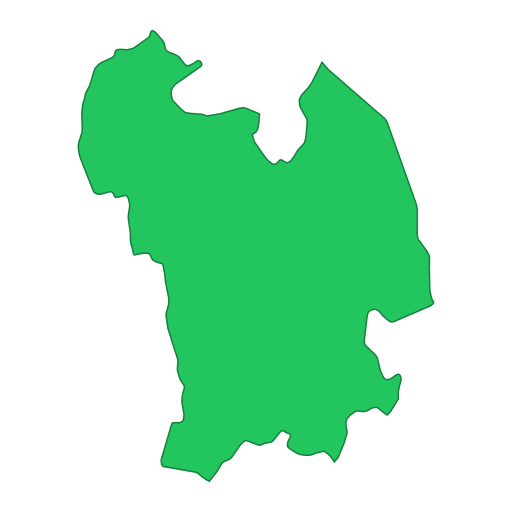 outline of Central
{"feature_id": "KEN-1195", "entity_name": "Central", "entity_type": "Province", "adm_level": 1, "iso_a3": "KEN", "parent_name": "Kenya", "parent_adm1": "", "projection": "natural_earth1", "projection_center": [36.807, -0.59], "detail": "fine", "context": "isolated", "style": "filled", "palette": "green", "viewbox_px": 512, "rotation_deg": 0, "n_neighbors": 0, "source": "natural_earth", "source_scale": "10m", "svg_char_len": 4292}
<svg xmlns="http://www.w3.org/2000/svg" viewBox="0 0 512 512"><path d="M322.0,62.3L328.4,69.7L385.3,119.1L387.2,122.4L416.3,204.3L417.2,209.4L417.2,233.8L417.4,236.5L418.3,239.4L427.1,251.5L429.4,256.1L429.5,264.4L429.3,266.9L429.8,289.7L430.4,293.4L431.7,298.6L432.3,300.0L433.2,301.2L433.7,302.4L433.2,303.8L430.3,305.9L393.9,321.6L391.8,321.9L390.1,321.6L388.9,320.9L383.4,316.3L379.7,312.0L377.6,310.2L376.4,309.6L375.1,309.3L374.1,309.3L372.9,309.5L371.5,310.0L369.2,311.2L368.5,311.8L367.8,313.6L367.1,316.4L364.4,339.3L364.4,342.7L365.0,345.0L375.3,354.8L376.1,355.9L376.9,357.2L377.5,358.6L380.4,370.7L383.0,376.5L383.8,377.7L384.7,378.8L386.0,379.5L387.5,379.7L389.1,379.4L390.5,378.8L391.8,378.1L396.4,374.8L397.6,374.3L398.7,374.2L399.7,375.0L400.5,376.3L401.0,377.8L401.0,380.0L400.5,382.4L399.5,385.6L398.2,392.5L398.4,398.8L390.9,411.0L387.8,414.5L387.2,414.9L386.6,414.9L377.9,407.9L376.5,407.5L375.1,407.4L372.2,408.0L370.9,408.6L368.4,410.1L366.6,411.0L363.9,411.6L360.7,411.4L359.2,411.1L357.6,411.0L356.1,411.2L354.8,411.8L349.6,415.7L347.7,417.8L346.6,419.8L345.9,422.3L346.1,426.4L347.0,431.1L347.0,433.4L343.8,443.9L338.1,457.4L334.4,461.9L330.4,456.2L327.6,453.6L324.0,451.2L316.0,453.0L312.5,454.5L310.6,455.0L308.3,455.3L304.4,455.2L300.2,454.5L298.1,453.8L293.5,451.3L288.9,448.0L287.8,446.9L287.4,445.4L287.5,443.7L287.8,442.0L290.4,436.7L290.6,435.4L290.1,434.3L289.2,433.7L286.5,432.7L285.8,432.4L283.8,431.0L282.5,430.8L281.0,431.0L273.5,440.3L272.3,441.4L270.8,442.2L266.1,443.0L264.0,443.6L261.4,444.8L259.8,445.2L258.3,445.0L247.2,440.8L245.7,440.6L243.4,441.9L240.7,444.4L231.9,457.1L230.2,458.7L226.8,460.6L224.7,461.2L222.8,462.4L221.3,464.3L216.6,472.1L209.3,481.3L207.0,480.1L202.3,477.0L198.1,473.4L197.0,472.7L195.1,472.1L163.0,466.5L161.6,464.3L161.1,460.0L171.6,424.4L172.4,423.0L173.8,422.7L178.8,422.7L180.4,422.4L181.7,421.9L182.9,420.7L183.6,418.8L184.0,415.4L183.8,412.9L182.1,403.5L181.9,401.5L182.3,395.8L184.3,387.8L184.4,386.8L184.3,386.3L184.1,385.6L180.3,379.8L179.7,378.3L177.7,371.6L177.4,370.0L177.4,367.7L177.9,362.1L177.9,360.5L177.6,359.0L168.0,328.7L166.0,315.6L166.3,312.9L168.6,304.6L168.9,301.5L168.9,299.0L165.4,281.2L164.9,275.1L163.1,265.5L162.6,264.1L161.5,263.5L160.6,263.2L159.4,263.0L156.8,262.1L154.1,260.8L152.9,260.0L152.0,258.9L150.7,255.9L150.0,254.5L148.9,253.6L147.6,253.2L144.2,253.2L140.8,253.6L135.1,254.9L134.3,254.9L133.8,254.5L133.3,253.1L132.3,248.0L131.2,244.8L130.5,241.2L130.3,232.9L128.2,217.6L128.6,212.9L129.2,209.9L129.7,205.6L129.6,203.7L128.4,198.7L127.8,197.2L127.1,196.1L126.2,195.5L125.1,195.5L116.9,197.4L115.6,197.4L114.7,196.5L114.0,195.3L113.4,193.8L112.7,192.6L111.6,191.9L110.2,191.8L108.6,192.0L102.6,193.8L99.3,194.3L97.7,194.1L96.3,193.6L95.2,193.1L94.5,192.6L93.7,191.9L80.1,157.3L79.2,154.0L78.6,150.2L78.3,146.2L78.5,144.1L78.9,142.1L81.8,133.0L82.3,129.4L81.8,113.3L82.6,105.6L83.5,101.7L84.4,99.4L85.6,93.3L89.6,85.7L90.2,84.2L93.9,71.3L95.2,68.2L98.9,64.3L101.5,62.5L112.7,57.3L113.7,56.4L114.4,55.0L115.2,51.9L115.8,50.5L117.5,49.6L120.6,49.3L126.8,49.8L131.3,48.9L133.8,48.0L148.2,37.8L149.2,36.8L149.8,35.3L150.7,32.0L151.6,31.0L152.9,30.7L154.9,31.9L156.2,33.1L162.9,40.9L163.7,42.2L164.3,43.8L165.4,49.0L166.8,50.9L169.2,52.4L174.5,54.3L177.1,55.6L178.9,56.8L185.2,64.8L186.5,65.5L188.3,65.8L191.1,64.6L193.0,63.7L196.9,61.0L198.3,60.7L199.7,60.9L201.1,62.3L201.7,63.7L201.6,65.0L201.3,65.9L200.4,66.7L176.2,83.7L174.1,85.6L172.7,87.6L171.9,88.9L171.4,90.5L171.1,92.3L171.2,94.2L171.9,97.8L172.3,99.4L173.0,100.8L181.4,109.5L185.1,112.4L189.7,113.3L202.2,114.3L207.1,116.0L220.0,113.8L239.7,108.2L243.0,107.7L245.4,108.1L258.4,113.4L259.5,114.1L259.7,114.7L259.1,116.5L259.1,120.4L258.2,126.8L257.6,129.1L257.0,130.4L256.3,131.6L255.3,132.6L253.1,133.9L252.5,134.7L252.6,136.0L254.0,140.8L254.7,142.3L265.7,158.0L268.6,161.1L271.9,163.6L272.9,164.1L273.7,164.2L274.8,164.3L276.5,163.4L277.9,162.2L279.2,160.6L280.3,159.8L281.5,159.9L285.1,162.0L286.5,162.6L288.1,162.5L289.8,161.8L292.0,159.3L295.3,154.4L296.3,152.5L298.5,149.3L303.1,144.5L303.9,143.4L304.7,142.0L305.5,139.0L306.2,134.8L307.2,122.1L306.9,119.3L300.3,107.3L299.8,105.7L299.5,104.0L299.3,100.0L300.2,97.6L301.7,94.9L308.9,87.0L312.4,81.5L322.0,62.3Z" fill="#22c55e" stroke="#15803d" stroke-width="1.5"/></svg>